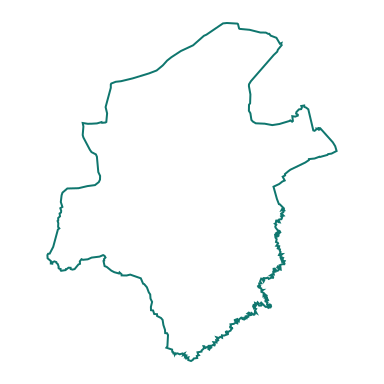 outline of Non Sung, Nakhon Ratchasima, Thailand
{"feature_id": "78962969B78904215170305", "entity_name": "Non Sung", "entity_type": "district", "adm_level": 2, "iso_a3": "THA", "parent_name": "Thailand", "parent_adm1": "Nakhon Ratchasima", "projection": "albers", "projection_center": [102.297, 15.207], "detail": "fine", "context": "isolated", "style": "outline", "palette": "teal", "viewbox_px": 384, "rotation_deg": 0, "n_neighbors": 0, "source": "geoboundaries", "source_scale": "gbopen_adm2", "svg_char_len": 6020}
<svg xmlns="http://www.w3.org/2000/svg" viewBox="0 0 384 384"><path d="M283.8,262.6L284.6,261.1L283.5,261.0L282.7,262.0L282.2,261.9L282.7,259.6L282.1,259.5L281.6,260.2L280.9,258.5L282.2,258.8L283.0,257.9L280.9,256.8L280.3,255.9L282.3,254.1L280.6,254.2L279.5,255.2L279.0,255.1L280.6,252.0L279.7,250.6L280.0,249.4L277.7,248.4L277.9,247.8L279.1,247.1L279.2,246.2L276.4,245.8L278.1,243.5L277.7,242.7L276.0,242.0L276.7,239.2L275.5,237.7L275.1,234.7L276.2,234.4L276.9,235.2L276.8,236.5L277.6,236.5L278.5,235.8L278.7,233.4L278.2,233.2L276.7,234.0L276.1,233.2L278.5,231.5L279.7,232.8L280.3,232.3L279.6,231.0L277.6,230.2L275.5,227.5L275.3,226.3L276.3,224.8L274.9,223.7L275.8,223.2L276.2,220.6L277.4,220.5L278.3,222.1L279.6,222.3L278.7,220.5L279.1,219.5L281.4,219.2L282.1,217.7L281.2,216.4L283.6,215.7L282.8,214.9L281.5,215.2L281.1,213.7L283.3,212.2L283.3,211.1L284.3,210.6L283.6,209.7L281.4,210.4L282.3,208.7L283.9,208.8L283.9,208.4L279.8,204.3L278.9,204.1L276.9,198.9L273.5,186.7L279.2,184.0L282.4,181.5L284.7,180.5L282.7,176.7L285.1,175.4L284.9,174.1L288.5,171.1L290.4,169.7L305.3,162.5L308.9,160.1L308.9,159.1L314.6,158.5L319.5,156.7L319.9,157.0L327.5,154.9L328.1,154.1L331.5,153.6L336.6,151.0L335.2,146.2L332.8,142.3L320.9,129.0L319.6,129.5L319.9,128.2L318.3,128.0L317.7,129.1L316.4,128.6L316.4,129.3L314.6,130.8L313.3,130.4L308.3,109.3L306.1,107.6L304.3,106.9L304.2,105.5L301.3,106.0L301.9,107.6L301.2,109.1L298.9,109.4L296.4,112.1L296.1,113.6L297.8,114.7L297.8,115.6L295.3,116.6L292.3,116.2L292.9,121.0L292.1,121.7L290.2,120.4L289.4,121.0L279.4,124.0L272.3,125.1L264.7,123.7L255.8,123.3L252.9,121.6L251.4,119.9L250.4,113.3L248.9,110.8L249.0,104.8L250.1,103.3L250.4,94.4L248.9,86.1L249.0,84.3L250.9,81.2L273.8,54.9L277.2,51.7L277.9,49.7L281.7,45.1L281.1,44.0L281.4,43.1L279.9,43.7L276.4,37.8L270.6,35.6L269.3,33.8L268.3,33.9L265.8,32.6L260.3,32.5L249.6,29.8L239.8,28.9L239.1,28.5L238.0,24.1L237.3,23.6L226.9,23.0L223.0,23.4L206.4,34.7L203.9,35.8L193.1,45.3L180.9,51.0L171.4,57.2L167.1,60.6L162.8,65.4L156.6,70.5L149.0,73.4L132.6,78.4L121.0,81.2L115.7,81.8L111.3,83.5L110.8,84.4L110.8,87.8L105.6,107.1L107.1,113.4L106.3,122.0L105.5,122.5L102.4,122.8L101.6,122.7L101.5,122.1L97.0,123.4L91.9,123.7L87.8,123.8L82.7,123.0L83.4,126.5L82.7,135.0L83.4,137.5L89.9,149.8L91.5,152.1L95.9,154.4L96.9,156.7L98.3,172.1L100.1,175.9L100.0,179.6L98.8,182.1L95.0,185.1L87.4,186.1L78.5,188.2L67.3,188.5L62.5,192.6L61.6,195.3L60.8,202.0L62.4,206.9L60.3,208.2L61.2,210.8L61.0,212.5L59.6,213.5L60.0,216.3L58.2,218.0L58.2,220.6L57.6,221.0L58.3,223.1L58.1,226.9L59.3,228.4L57.9,229.5L53.2,246.9L49.7,253.6L48.1,253.8L47.4,255.1L47.6,258.3L50.9,261.1L50.8,263.5L52.3,263.7L52.5,262.2L54.4,261.4L56.3,262.1L56.5,263.0L57.8,264.1L58.7,266.8L58.5,267.9L59.1,268.6L60.6,269.0L60.5,269.9L61.1,270.8L65.6,270.1L65.9,269.1L66.7,269.1L68.5,267.7L70.6,267.8L70.7,269.1L72.5,269.6L74.6,269.1L78.4,264.5L80.0,263.8L79.8,261.4L81.5,259.2L82.9,259.8L87.8,259.3L91.6,257.6L99.6,256.6L103.1,255.1L104.5,255.8L105.5,257.5L104.0,259.1L104.2,260.6L103.5,261.0L104.6,266.1L106.7,266.9L111.4,270.7L114.3,272.2L119.0,273.5L119.5,272.4L121.5,274.2L121.6,275.4L126.6,275.5L130.2,274.6L140.8,278.3L143.1,283.7L144.2,284.1L146.9,287.3L148.8,292.4L150.2,294.4L150.5,298.6L152.1,301.9L150.9,306.9L151.0,310.2L153.1,310.5L154.2,314.0L157.0,314.2L157.1,316.0L161.0,318.0L162.6,319.9L163.4,325.0L165.0,329.8L165.2,333.1L167.0,333.2L168.0,335.0L167.4,346.3L166.4,347.7L172.1,349.6L172.3,351.8L173.0,352.0L173.4,353.5L174.6,353.6L174.7,354.2L175.1,353.3L175.8,354.0L176.1,353.5L177.6,353.4L179.7,354.3L182.4,353.5L182.9,354.2L184.3,353.5L183.4,355.1L185.6,354.3L184.9,355.0L185.6,355.2L184.6,355.7L184.9,356.4L185.8,356.2L185.4,357.1L186.1,356.9L186.1,357.9L187.2,357.6L187.0,358.2L188.1,357.8L187.8,358.4L188.3,358.8L188.3,360.1L191.0,361.0L192.8,359.9L193.8,358.5L197.2,358.0L196.8,355.9L198.9,355.2L198.1,354.3L197.5,352.3L201.5,351.6L201.6,350.5L204.1,348.2L203.5,346.2L204.4,346.3L205.5,347.9L208.1,346.4L208.7,347.4L208.3,348.9L209.3,349.6L209.9,348.4L211.2,347.6L209.8,345.8L211.8,345.7L212.9,345.0L214.5,345.4L214.8,344.7L213.5,342.2L216.5,342.5L216.2,340.3L217.6,340.7L218.2,340.2L216.5,337.3L218.8,338.0L220.3,336.8L222.1,337.7L222.0,335.3L224.0,335.6L227.9,334.2L227.9,333.4L226.0,332.7L225.9,331.8L226.6,331.4L228.4,331.8L230.7,330.5L231.1,329.3L232.2,328.5L232.1,327.9L230.2,327.4L230.2,326.5L230.9,325.9L230.5,324.3L233.7,323.9L235.7,322.6L237.3,323.3L237.4,322.3L234.9,320.8L234.8,320.0L237.2,319.1L237.5,320.5L238.8,321.3L239.0,319.5L241.3,317.6L242.0,317.8L242.4,319.0L244.2,319.5L244.8,319.1L244.4,318.0L246.6,318.3L246.7,317.8L245.6,316.4L246.2,316.1L247.9,317.0L248.4,316.7L248.2,315.8L249.5,314.6L247.5,313.6L248.8,312.6L250.2,313.4L250.5,315.1L251.5,314.9L251.7,313.2L253.9,314.8L254.6,314.4L254.9,312.1L256.4,313.0L255.0,310.4L256.1,308.9L254.4,308.0L255.5,306.2L254.1,306.5L253.7,307.6L253.1,306.3L253.6,304.9L255.4,304.9L255.1,303.0L256.8,303.8L257.6,302.3L258.8,303.6L258.5,304.6L259.1,305.6L261.2,305.6L261.8,304.9L260.7,303.2L261.2,302.6L265.6,306.9L267.1,306.9L268.2,307.7L269.1,306.0L269.6,306.4L269.6,307.5L270.5,307.4L271.1,306.3L270.7,304.9L269.7,304.4L267.5,305.3L267.0,304.3L267.5,302.4L265.7,301.5L266.2,300.6L268.0,300.1L267.7,299.5L265.6,300.0L265.9,298.3L267.0,298.0L267.0,297.4L266.1,297.1L265.4,298.0L264.8,297.8L266.5,295.5L265.7,295.0L263.5,296.1L263.6,294.7L265.0,294.4L263.6,292.9L261.4,291.8L261.6,290.9L262.9,290.0L261.4,290.1L261.3,288.4L259.7,287.8L260.0,286.5L258.5,287.1L258.0,286.2L259.5,284.9L259.2,283.5L261.3,283.3L260.1,281.5L261.2,278.6L262.5,279.1L263.6,281.5L264.3,280.1L263.1,278.8L263.5,278.1L266.2,278.2L267.8,277.6L268.7,278.9L271.3,277.7L273.0,277.8L273.2,277.1L272.6,276.3L270.3,275.5L272.2,274.3L273.8,274.5L273.2,272.1L275.5,271.6L275.4,271.0L273.7,271.0L273.6,268.8L274.8,268.6L276.4,270.7L277.7,270.8L279.1,269.3L278.7,268.3L277.3,267.5L277.8,266.5L279.8,267.9L280.0,269.4L280.7,269.6L280.4,266.7L279.6,265.3L282.2,264.2L284.3,264.2L284.5,263.6L283.8,262.6Z" fill="none" stroke="#0f766e" stroke-width="2"/></svg>